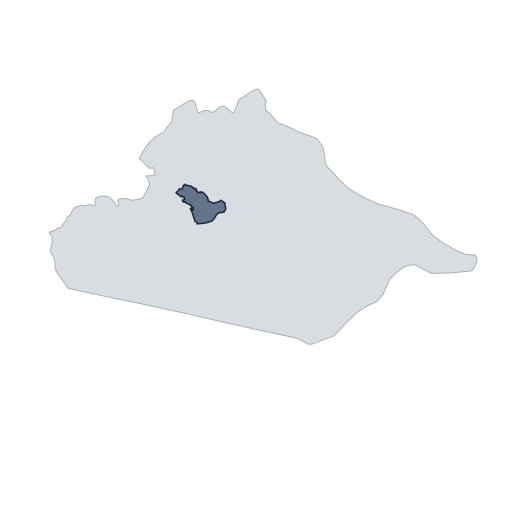 Al Makhrim, Homs (Hims), Syria (highlighted), rotated 45°
{"feature_id": "27442178B17685723948764", "entity_name": "Al Makhrim", "entity_type": "district", "adm_level": 2, "iso_a3": "SYR", "parent_name": "Syria", "parent_adm1": "Homs (Hims)", "projection": "albers", "projection_center": [37.338, 34.825], "detail": "fine", "context": "in_parent", "style": "filled", "palette": "slate", "viewbox_px": 512, "rotation_deg": 45, "n_neighbors": 0, "source": "geoboundaries", "source_scale": "gbopen_adm2", "svg_char_len": 6092}
<svg xmlns="http://www.w3.org/2000/svg" viewBox="0 0 512 512"><g transform="rotate(45 256 256)"><path d="M101.3,190.3L105.0,190.8L112.9,195.7L114.2,195.6L116.7,189.2L119.0,187.1L123.9,185.3L125.4,175.0L127.7,173.0L130.5,172.0L134.7,171.8L138.4,171.2L138.6,169.4L133.6,157.5L134.1,154.5L136.6,142.6L138.2,137.9L139.7,136.4L145.5,137.0L153.6,139.2L155.8,142.6L159.7,145.7L165.7,145.5L172.6,146.1L178.0,146.3L182.2,144.1L191.9,140.1L196.7,138.7L201.1,136.9L215.0,130.2L220.6,130.7L224.5,131.5L227.4,132.5L234.1,136.9L239.6,141.4L243.4,142.7L250.3,142.5L260.3,143.2L272.5,142.9L279.6,141.5L288.7,139.1L304.7,133.3L325.7,121.5L338.1,115.6L343.4,114.8L350.4,114.5L357.5,115.7L365.5,116.4L369.2,116.1L377.7,114.7L388.8,111.9L395.7,109.7L404.0,106.3L409.1,101.0L410.7,100.4L413.0,101.2L414.0,101.5L416.3,104.3L418.9,111.6L419.0,112.4L418.7,114.5L413.4,120.9L406.3,129.5L401.1,135.0L392.4,144.2L385.7,146.4L374.3,150.1L371.4,153.3L368.7,158.3L367.3,165.2L366.9,169.5L366.9,177.4L370.0,185.6L372.9,193.4L373.4,198.6L373.4,203.8L371.1,209.4L368.6,217.0L367.3,225.6L367.1,241.7L367.6,255.3L367.5,257.5L363.0,267.3L357.8,278.8L355.2,281.5L342.9,285.2L329.6,293.9L314.7,303.6L301.0,312.3L286.7,321.4L271.8,330.8L261.1,337.5L246.7,346.4L233.6,354.9L220.2,363.5L210.1,370.0L194.6,380.2L185.5,386.2L172.1,394.9L160.2,402.6L146.1,411.6L128.6,408.8L123.0,407.2L118.5,402.8L115.2,400.4L106.9,398.0L101.7,389.8L98.5,386.8L93.0,385.4L95.5,380.3L96.0,376.8L98.4,372.7L96.9,369.9L96.3,364.0L95.3,362.6L94.9,361.0L95.8,359.2L95.5,357.3L94.6,356.4L94.2,353.5L93.4,351.3L93.8,348.7L95.1,347.0L96.4,343.7L97.9,342.8L100.2,340.7L100.9,338.6L103.0,336.5L105.8,334.9L106.5,333.5L106.1,332.7L103.3,331.1L101.8,328.4L103.2,324.4L104.1,323.2L105.8,321.3L109.6,318.4L112.5,317.9L115.1,318.0L119.3,318.3L122.7,318.8L123.5,318.1L123.4,317.1L119.3,314.7L119.1,312.8L120.2,310.7L123.1,307.5L126.6,305.2L128.3,304.8L132.3,300.1L134.9,294.7L130.9,281.7L128.5,279.7L124.5,277.8L122.1,277.5L122.0,276.7L125.1,273.4L127.4,270.6L124.9,267.9L120.5,266.5L118.9,269.3L113.2,269.5L104.3,269.4L100.7,255.6L100.2,249.7L100.4,242.9L103.2,232.9L102.0,228.2L101.9,225.1L101.3,220.8L94.6,211.4L98.6,194.4L101.3,190.3Z" fill="#d9dde1" stroke="#a8b0b8" stroke-width="1"/><path d="M191.5,274.9L192.1,274.3L192.6,273.7L192.8,273.5L193.3,272.9L194.7,271.2L194.8,271.1L195.2,270.6L195.5,270.3L195.9,269.7L196.5,268.9L197.4,267.7L197.5,267.5L197.8,266.9L198.4,265.8L198.7,265.2L199.4,263.8L199.6,263.5L200.2,262.3L200.2,261.7L200.1,260.0L199.8,258.1L199.6,257.3L199.2,256.3L199.1,255.8L199.0,255.7L199.1,255.1L199.1,254.6L199.0,253.6L198.9,253.3L198.8,253.1L198.7,252.7L199.3,252.0L199.8,251.0L200.0,250.6L200.6,250.1L200.8,249.8L200.9,249.6L201.0,249.4L201.9,248.3L202.0,248.1L202.1,247.9L202.3,247.7L202.2,247.6L201.9,246.8L201.8,245.8L201.6,244.6L201.5,244.4L200.7,243.4L199.7,242.9L199.0,242.6L198.3,242.1L197.8,241.7L197.4,241.4L197.2,241.1L197.0,240.8L196.9,240.8L196.7,240.6L195.7,240.7L194.9,240.9L194.6,240.9L194.4,240.9L194.3,241.0L194.2,241.0L193.9,241.0L193.7,241.0L193.4,241.1L193.2,241.1L192.9,241.2L192.6,241.3L192.2,241.4L191.9,241.4L191.7,242.4L191.4,243.3L191.2,243.9L190.7,245.2L190.4,245.8L188.4,248.9L185.8,249.8L185.5,249.9L183.5,251.0L182.8,250.3L182.4,249.9L182.2,249.9L181.5,250.0L181.2,249.9L181.1,249.7L181.1,249.4L181.0,249.2L180.9,249.1L180.7,249.0L180.0,248.8L179.8,248.7L179.7,248.8L179.6,248.7L179.4,248.7L179.1,248.7L178.6,248.7L178.3,248.6L178.2,248.7L177.9,248.7L177.6,248.6L177.4,248.6L177.1,248.5L176.9,248.6L176.7,248.7L176.4,248.7L176.2,248.6L175.9,248.5L175.7,248.4L175.4,248.6L175.0,248.6L174.8,248.6L174.3,248.5L174.2,248.5L173.9,248.5L173.7,248.5L173.2,248.6L173.0,248.8L172.9,249.0L172.6,249.4L172.6,249.5L172.4,249.6L172.1,249.6L171.9,249.6L171.7,249.6L171.5,249.8L171.4,249.9L171.4,250.0L171.4,250.4L171.4,250.5L171.5,250.6L171.6,250.8L171.3,250.8L171.2,250.9L170.8,251.0L170.7,251.0L170.6,251.6L170.5,251.9L170.3,252.4L169.7,252.2L169.0,252.0L167.9,252.5L167.8,252.4L167.8,252.2L167.7,252.0L167.7,251.8L167.7,251.7L167.6,251.4L167.4,251.3L167.3,251.2L167.1,251.1L166.5,251.2L166.4,251.2L165.7,250.9L165.3,251.1L165.2,251.2L165.0,251.3L164.9,251.3L164.8,251.9L164.0,252.7L163.9,252.6L163.7,252.5L163.7,252.4L163.6,252.2L163.4,252.1L163.2,252.1L162.9,252.1L162.7,252.1L162.3,252.2L162.2,252.3L161.9,252.4L161.8,252.5L161.7,252.7L161.2,252.5L160.7,252.6L160.2,252.8L159.0,253.5L158.3,254.1L157.6,254.7L157.3,254.9L156.8,255.3L155.9,255.4L155.8,255.2L155.6,255.3L155.2,255.4L155.1,256.0L155.1,256.5L154.8,256.9L154.9,257.2L155.0,257.6L155.2,257.9L155.2,258.4L155.2,258.8L155.9,259.6L156.4,260.6L156.6,261.2L154.5,262.3L154.3,262.6L154.6,263.1L154.8,263.7L154.8,264.1L154.8,265.0L154.7,265.7L154.9,266.3L154.8,266.7L154.7,267.1L154.7,267.5L154.9,267.8L155.4,267.9L155.8,267.9L156.2,267.8L156.4,267.7L157.0,267.7L157.4,267.6L157.9,267.3L158.3,267.2L158.6,267.3L159.0,267.3L159.3,267.2L159.6,267.2L160.1,267.1L160.3,267.4L160.7,267.4L160.9,267.2L160.9,266.4L161.2,266.1L161.4,266.0L161.7,265.9L162.4,266.2L162.9,266.1L163.0,266.0L163.4,265.9L163.6,265.7L163.7,265.4L163.8,265.3L163.9,265.1L164.3,265.3L164.4,265.5L164.6,265.7L164.9,265.7L165.3,266.1L165.5,266.3L165.5,266.7L165.3,267.2L165.1,267.5L164.7,268.1L164.5,268.4L164.7,268.6L165.0,268.7L165.1,269.0L165.5,269.2L165.8,269.1L165.9,268.9L166.3,268.9L166.7,269.0L167.1,268.9L167.3,268.6L167.3,268.4L167.3,268.0L167.7,267.6L168.0,267.7L168.9,267.9L169.0,267.9L169.3,267.9L169.5,267.8L169.9,267.7L170.2,267.6L170.6,267.3L170.9,267.2L171.4,267.0L172.1,266.7L172.3,266.6L172.7,266.4L172.9,266.2L173.3,266.2L173.5,266.2L173.6,266.4L173.6,266.6L173.9,266.6L174.0,266.4L174.2,266.2L174.3,266.0L174.8,266.1L175.3,266.3L175.7,266.4L175.9,266.5L176.5,266.4L177.1,266.3L177.7,266.1L178.1,266.6L178.6,267.4L179.0,267.9L178.6,268.4L178.3,268.5L177.4,267.9L177.1,268.0L176.6,267.9L176.2,268.1L176.0,268.7L176.3,269.0L176.7,269.2L177.2,269.3L177.9,269.5L178.2,269.6L178.9,269.9L179.3,270.0L180.9,270.8L183.3,272.0L183.7,272.2L184.6,272.7L185.7,273.2L188.5,274.7L189.6,274.1L190.5,273.9L191.1,274.2L191.5,274.9Z" fill="#64748b" stroke="#1e293b" stroke-width="1.5"/></g></svg>